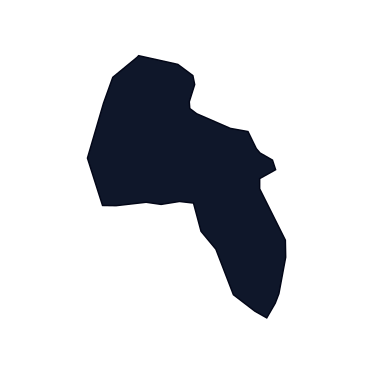 SVG path tracing the border of Ocniţa, rotated 64°
{"feature_id": "MDA-1616", "entity_name": "Ocniţa", "entity_type": "District", "adm_level": 1, "iso_a3": "MDA", "parent_name": "Moldova", "parent_adm1": "", "projection": "albers", "projection_center": [27.56, 48.362], "detail": "fine", "context": "isolated", "style": "filled", "palette": "ink", "viewbox_px": 384, "rotation_deg": 64, "n_neighbors": 0, "source": "natural_earth", "source_scale": "10m", "svg_char_len": 583}
<svg xmlns="http://www.w3.org/2000/svg" viewBox="0 0 384 384"><g transform="rotate(64 192 192)"><path d="M198.6,105.7L208.6,107.1L209.6,125.3L218.8,129.8L276.2,129.2L291.7,136.4L321.5,158.5L328.4,165.9L337.9,180.0L326.9,187.6L302.5,199.8L253.9,195.6L231.3,201.1L202.6,195.5L195.0,207.4L189.6,225.2L181.1,237.7L171.0,266.2L164.9,278.3L115.7,271.1L73.4,232.6L54.2,212.9L46.9,182.3L46.1,180.2L71.1,148.8L87.8,140.2L96.6,142.5L109.7,154.9L116.0,157.4L123.7,153.5L151.6,129.7L162.2,115.2L181.2,115.2L186.7,113.8L198.6,105.7Z" fill="#0f172a" stroke="#020617" stroke-width="1.5"/></g></svg>